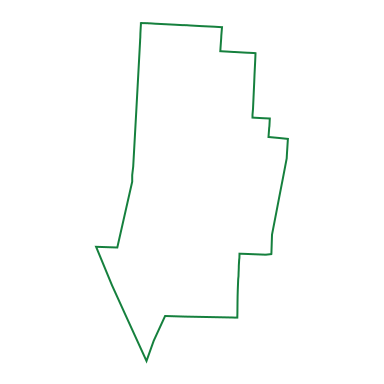 Stefan Cel Mare, Calarasi, Romania (Albers equal-area conic projection)
{"feature_id": "2599482B78620668788752", "entity_name": "Stefan Cel Mare", "entity_type": "district", "adm_level": 2, "iso_a3": "ROU", "parent_name": "Romania", "parent_adm1": "Calarasi", "projection": "albers", "projection_center": [27.635, 44.434], "detail": "fine", "context": "isolated", "style": "outline", "palette": "green", "viewbox_px": 384, "rotation_deg": 0, "n_neighbors": 0, "source": "geoboundaries", "source_scale": "gbopen_adm2", "svg_char_len": 1326}
<svg xmlns="http://www.w3.org/2000/svg" viewBox="0 0 384 384"><path d="M146.5,361.0L153.7,340.8L165.1,316.0L185.2,316.6L232.5,317.5L234.9,317.6L237.3,317.6L237.4,313.2L237.5,303.2L237.6,296.2L237.8,289.0L238.2,279.1L238.5,276.2L238.6,272.4L238.7,270.4L238.8,267.5L238.8,266.0L239.0,262.6L239.2,259.4L239.4,258.0L239.5,253.7L245.5,253.9L265.7,254.7L271.3,254.1L271.4,253.5L272.0,235.1L272.0,234.7L273.2,228.5L276.2,213.0L278.0,203.6L279.8,194.2L282.8,178.8L285.0,167.3L286.7,158.4L286.9,154.6L287.9,138.9L278.2,137.9L268.5,137.0L269.2,127.7L269.4,126.3L269.6,122.4L269.8,118.5L263.0,118.2L252.5,117.6L252.5,114.8L253.0,109.0L253.4,100.2L254.2,82.6L254.5,75.0L255.2,60.7L255.4,55.9L255.5,53.2L255.1,53.1L249.4,52.8L246.7,52.7L241.3,52.4L234.7,52.0L233.9,52.0L227.4,51.6L220.3,51.2L220.6,46.6L221.2,38.1L221.3,35.7L222.0,27.2L221.9,27.2L214.1,26.7L201.0,26.1L190.5,25.5L186.7,25.2L181.8,25.1L174.8,24.7L167.0,24.3L155.0,23.7L151.0,23.4L150.7,23.4L149.8,23.3L148.4,23.3L148.0,23.2L146.0,23.2L145.0,23.1L144.0,23.1L142.4,23.1L141.9,23.0L141.7,23.0L141.4,23.0L140.9,23.1L140.9,24.4L140.7,27.8L140.4,33.4L140.3,37.1L140.3,37.3L140.2,38.8L140.1,40.3L140.1,40.7L140.1,40.9L136.2,112.5L133.2,166.6L132.2,175.1L132.2,181.7L117.3,247.5L96.1,246.8L112.0,285.3L125.4,314.8L146.5,361.0Z" fill="none" stroke="#15803d" stroke-width="2"/></svg>